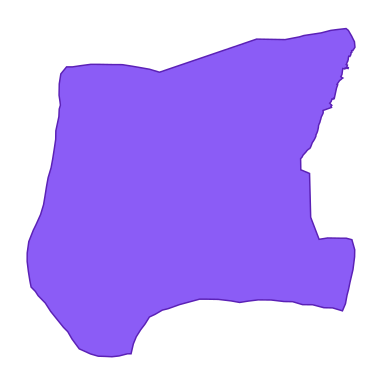 outline of Ifedore, Ondo, Nigeria, rotated 271°
{"feature_id": "59680162B99856631560735", "entity_name": "Ifedore", "entity_type": "district", "adm_level": 2, "iso_a3": "NGA", "parent_name": "Nigeria", "parent_adm1": "Ondo", "projection": "orthographic", "projection_center": [5.135, 7.355], "detail": "fine", "context": "isolated", "style": "filled", "palette": "violet", "viewbox_px": 384, "rotation_deg": 271, "n_neighbors": 0, "source": "geoboundaries", "source_scale": "gbopen_adm2", "svg_char_len": 2576}
<svg xmlns="http://www.w3.org/2000/svg" viewBox="0 0 384 384"><g transform="rotate(271 192 192)"><path d="M314.9,64.4L307.8,58.8L297.8,57.4L286.4,57.4L279.7,58.5L276.5,58.9L272.6,57.8L265.1,57.6L250.8,54.8L242.3,54.8L232.3,53.5L222.3,52.1L213.8,50.7L203.8,47.9L195.3,46.5L185.3,45.1L176.7,43.8L166.8,41.0L156.8,36.7L151.9,34.4L151.3,34.1L139.6,29.7L128.2,28.3L119.7,28.4L109.7,29.8L101.2,31.3L97.8,32.0L94.1,32.8L89.9,37.1L85.6,40.0L78.5,47.2L70.0,52.9L54.4,65.9L50.2,70.2L42.9,74.6L37.5,78.7L33.2,82.0L28.3,93.4L26.5,100.0L26.2,101.1L26.1,108.1L25.9,114.9L26.8,121.9L29.1,130.3L29.2,133.9L39.1,136.0L46.3,138.8L53.4,143.1L59.1,147.3L66.3,151.6L69.1,157.3L73.4,164.4L74.9,170.1L79.2,181.5L80.1,184.6L82.1,191.5L85.0,201.5L85.1,208.7L85.1,220.1L83.8,233.0L82.4,241.6L83.9,250.1L85.3,260.1L85.4,273.0L84.1,285.9L84.1,294.5L81.3,304.5L81.4,314.5L78.6,325.9L78.6,334.5L75.8,344.5L83.0,347.4L91.5,348.8L97.2,350.2L104.3,351.5L117.2,354.3L130.0,355.7L137.1,355.7L147.1,352.7L148.5,347.0L148.4,341.3L148.4,328.4L146.9,319.9L168.8,311.1L194.1,310.0L212.6,309.2L216.1,300.4L224.8,300.1L227.2,300.0L228.6,301.3L230.8,302.4L234.2,305.4L235.4,306.2L236.8,307.7L237.5,308.9L238.3,309.5L240.0,310.2L241.4,310.7L242.6,311.1L243.6,311.5L244.6,312.2L246.1,313.1L247.2,313.7L248.9,314.5L250.3,315.0L251.2,314.9L253.3,315.9L255.1,316.5L256.9,316.9L259.1,317.3L260.4,317.3L262.2,317.9L263.8,318.6L265.5,319.0L267.2,319.5L269.1,319.9L272.8,321.6L274.0,321.8L275.8,321.6L277.4,325.8L279.0,330.0L280.2,329.4L281.0,330.3L281.6,329.9L281.9,329.4L282.1,329.2L283.2,328.1L283.6,328.5L284.8,329.5L287.5,330.4L287.2,331.4L287.9,331.7L288.2,331.8L287.9,332.6L298.5,334.7L301.8,335.8L302.2,335.1L306.0,337.6L307.2,339.1L307.3,339.3L307.8,339.7L308.2,340.2L308.6,340.8L309.1,339.9L309.9,338.8L310.4,339.1L312.2,339.9L317.4,340.5L318.1,340.6L317.7,342.6L318.5,342.8L318.3,343.7L318.8,343.8L318.7,344.3L318.6,344.5L318.3,345.5L318.2,345.9L319.1,346.1L319.3,344.5L321.6,345.2L322.1,344.0L323.8,344.7L325.4,345.2L325.4,345.4L326.2,345.6L326.8,345.8L327.5,345.9L328.9,346.0L330.5,346.3L330.5,346.7L330.3,347.5L331.2,347.9L331.3,348.1L332.2,348.3L332.8,348.6L334.1,348.5L334.5,349.4L336.0,349.1L336.4,349.8L336.2,350.3L336.8,350.7L339.6,352.4L345.1,351.8L348.5,350.0L350.5,349.0L356.3,345.5L358.1,343.2L356.9,334.0L356.0,327.9L353.3,318.2L350.4,301.1L349.0,296.8L346.0,282.5L346.0,253.9L327.3,202.1L323.7,192.1L311.2,157.4L314.0,147.4L315.9,135.4L316.7,130.2L318.1,120.2L318.1,115.9L318.0,110.2L318.0,97.3L317.9,88.7L316.4,78.7L315.0,70.2L314.9,64.4Z" fill="#8b5cf6" stroke="#5b21b6" stroke-width="1.5"/></g></svg>